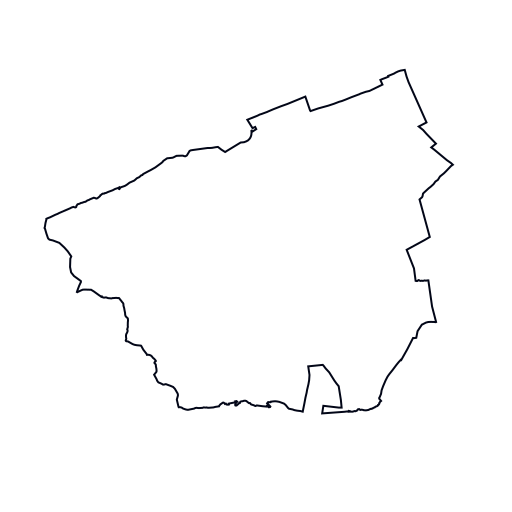 the district of Dumesti, Vaslui, Romania, rotated 83°
{"feature_id": "2599482B81898841183447", "entity_name": "Dumesti", "entity_type": "district", "adm_level": 2, "iso_a3": "ROU", "parent_name": "Romania", "parent_adm1": "Vaslui", "projection": "albers", "projection_center": [27.317, 46.829], "detail": "fine", "context": "isolated", "style": "outline", "palette": "ink", "viewbox_px": 512, "rotation_deg": 83, "n_neighbors": 0, "source": "geoboundaries", "source_scale": "gbopen_adm2", "svg_char_len": 6084}
<svg xmlns="http://www.w3.org/2000/svg" viewBox="0 0 512 512"><g transform="rotate(83 256 256)"><path d="M270.6,438.5L270.2,438.0L268.8,433.8L268.3,432.0L268.5,429.8L269.4,423.8L271.4,421.3L276.5,415.8L277.1,414.8L277.3,414.1L277.8,414.3L278.8,412.0L278.8,409.9L279.8,407.9L280.5,404.6L280.3,403.5L280.4,402.4L280.5,399.9L280.9,398.3L281.0,397.2L281.3,396.9L282.9,396.0L283.6,395.5L285.4,394.5L286.2,393.9L287.1,393.5L288.2,393.5L289.2,393.6L291.7,393.2L294.0,393.1L296.4,392.9L298.4,393.0L299.6,392.8L300.4,392.4L302.2,390.9L302.7,390.8L304.5,390.9L306.2,391.3L309.7,391.8L310.8,391.8L313.1,392.8L314.0,392.5L314.9,392.6L316.2,393.2L317.7,394.3L318.9,394.7L320.9,394.9L321.8,394.8L322.5,394.9L323.9,395.6L324.4,395.5L324.8,395.1L325.2,393.5L328.4,389.2L329.3,387.5L330.0,385.3L330.9,381.2L331.2,380.9L335.2,379.3L340.1,376.4L340.8,376.3L340.9,375.0L341.2,373.9L341.8,372.7L342.8,371.7L344.5,370.7L345.6,369.6L347.6,368.3L348.0,368.2L348.4,368.6L348.9,369.4L349.4,369.8L349.9,369.8L351.3,368.8L351.9,368.7L353.3,368.8L355.8,368.6L358.1,368.7L359.0,369.1L361.4,371.6L366.4,369.6L367.5,369.4L368.9,368.7L369.6,368.2L370.6,366.4L371.5,365.0L372.3,364.0L372.4,363.1L372.2,361.1L374.4,356.8L375.9,354.2L377.9,352.7L382.8,350.6L383.7,350.4L385.0,350.5L388.9,352.1L396.2,351.3L396.7,351.1L396.8,349.8L397.1,348.9L397.5,348.1L398.5,347.0L399.3,345.4L399.9,344.1L400.4,342.3L399.9,335.9L399.5,334.9L399.4,333.6L399.8,332.2L400.0,331.0L400.2,327.6L399.9,326.4L400.4,324.1L400.3,323.4L400.7,322.6L400.9,321.3L401.1,316.8L400.8,314.6L400.7,311.0L400.2,310.8L398.9,309.4L398.1,307.8L397.6,307.0L397.5,306.5L397.6,306.0L398.4,305.2L399.0,304.9L398.8,304.4L398.8,303.9L399.8,303.4L400.0,302.7L400.2,301.6L400.1,301.0L399.2,301.0L398.7,294.8L398.7,294.0L398.3,293.6L397.7,294.0L397.6,293.1L398.3,292.4L399.8,294.1L400.3,294.5L401.2,294.8L401.8,294.7L402.0,294.3L402.0,293.5L400.4,291.1L400.0,290.9L399.9,289.9L399.1,289.6L398.7,289.2L398.5,288.4L398.5,286.9L398.2,285.5L398.3,284.4L398.8,283.2L400.0,282.1L401.1,281.0L401.2,280.5L401.2,280.0L401.8,279.5L402.5,279.2L402.9,278.6L403.8,276.5L404.8,275.0L404.8,274.6L404.4,273.4L405.8,268.2L406.7,264.1L406.3,263.9L406.0,263.6L406.0,263.0L406.5,262.6L407.4,262.2L407.7,261.8L407.7,261.3L407.6,260.4L407.2,260.1L406.6,260.5L404.3,262.3L404.0,262.8L403.6,263.0L403.4,262.8L403.0,261.9L402.5,261.7L402.6,261.1L402.8,260.2L402.9,259.3L402.7,259.0L402.4,258.9L402.4,256.6L402.5,254.7L402.9,252.9L403.6,250.7L405.9,246.2L407.5,244.7L410.9,242.6L411.6,241.9L412.8,238.3L413.6,236.8L414.5,234.1L415.3,230.8L416.2,228.6L408.4,226.0L402.4,224.1L397.8,222.4L395.1,221.6L389.7,219.6L385.8,218.4L380.6,217.4L371.9,217.6L372.2,203.0L373.3,202.2L376.1,200.6L380.4,197.5L389.0,193.5L392.3,191.7L395.3,189.8L409.3,189.3L416.9,189.5L416.6,192.1L412.9,207.4L420.3,209.5L421.4,187.2L421.4,183.5L421.8,183.4L421.9,182.4L421.2,182.4L421.5,181.5L422.0,181.1L422.3,179.0L421.9,177.1L422.2,176.3L422.0,175.5L421.8,174.7L421.3,174.3L421.0,173.7L420.5,173.3L420.6,172.1L421.5,171.3L421.4,169.8L421.9,168.3L422.3,167.6L422.6,165.4L422.5,163.2L421.7,160.9L421.8,160.0L421.6,159.7L421.6,158.9L421.3,158.6L420.9,157.5L420.7,156.5L420.3,156.1L420.1,155.7L419.9,154.6L419.6,153.7L419.3,153.3L418.7,153.0L418.7,152.6L418.2,152.0L417.6,151.6L417.1,151.7L416.7,151.2L416.0,150.8L415.1,149.5L412.6,151.1L411.6,150.9L411.1,150.4L408.1,148.7L404.6,147.7L400.7,145.7L395.2,142.5L391.7,140.1L389.4,138.0L386.1,134.6L381.1,129.8L378.7,127.3L376.6,124.8L376.9,124.5L376.1,123.9L367.0,117.2L356.5,110.1L356.8,108.7L356.7,106.9L350.3,104.8L344.3,99.7L344.2,99.2L342.8,95.4L342.5,93.1L342.7,90.4L343.2,87.2L343.6,85.6L343.5,85.3L327.6,87.4L301.2,87.9L301.1,89.0L301.2,90.3L300.8,91.6L301.0,92.8L301.0,93.6L300.7,94.5L300.8,95.5L300.6,96.2L299.8,97.3L299.7,97.6L299.8,97.9L300.4,98.7L300.5,99.3L300.1,100.6L287.6,100.7L268.2,105.7L260.7,86.7L258.3,81.2L219.8,86.8L217.9,84.0L216.9,83.4L214.4,82.6L213.9,82.0L209.8,76.3L208.7,74.4L206.3,71.0L204.0,68.9L202.6,66.2L199.5,63.7L196.9,59.5L194.9,56.9L190.4,51.4L189.4,49.5L187.5,51.1L184.2,54.8L172.2,66.1L169.6,68.8L166.4,63.7L155.4,72.0L151.3,74.8L147.3,78.7L144.2,70.5L102.0,83.4L96.2,84.7L89.4,85.7L89.6,89.9L90.1,92.4L91.1,95.4L91.6,96.3L92.1,98.0L93.4,102.9L94.2,102.8L95.0,105.8L95.8,109.2L96.4,111.1L101.3,109.6L106.0,123.3L106.4,127.0L107.6,132.6L108.0,133.6L110.0,141.9L111.7,148.1L112.7,152.1L112.8,153.0L113.1,154.8L114.4,160.0L115.6,166.0L117.1,176.2L118.8,184.2L118.1,184.6L103.8,187.6L108.9,206.2L110.4,212.9L112.5,221.1L114.1,226.6L114.3,227.1L115.8,233.5L116.0,234.9L116.9,237.4L119.7,248.0L128.4,244.0L128.6,243.8L128.5,243.3L127.8,241.1L130.1,240.3L132.1,244.4L131.0,244.9L131.2,245.3L133.0,245.4L134.9,245.8L136.3,246.3L137.7,247.1L138.8,248.0L140.2,249.7L141.0,251.6L141.6,254.0L141.5,257.4L149.0,274.0L146.3,277.3L143.1,280.5L143.1,282.7L143.3,286.4L143.2,288.4L142.9,290.7L143.1,305.7L143.2,307.9L143.6,309.1L147.7,312.3L148.1,313.1L148.4,313.9L148.2,315.0L147.5,316.3L147.3,318.1L146.9,322.5L147.1,323.3L148.1,326.0L148.3,327.1L148.2,332.3L150.3,336.4L151.1,337.1L152.0,338.3L155.8,345.1L157.9,350.1L158.8,352.6L160.9,358.0L161.8,358.9L161.9,360.0L163.5,362.3L164.3,364.8L165.4,366.3L166.3,367.7L167.8,372.6L169.4,375.3L170.3,377.2L170.7,378.7L171.3,381.7L172.1,382.8L172.9,383.4L172.7,383.8L171.3,383.6L171.7,384.7L172.3,387.7L173.3,390.3L174.4,395.0L175.2,397.5L175.2,398.6L175.6,399.3L175.4,400.4L175.9,401.6L176.5,402.3L176.7,403.0L177.6,403.6L178.9,405.6L179.5,406.9L179.5,407.6L178.8,408.8L178.4,409.9L179.5,413.9L180.0,415.0L180.3,416.6L181.4,418.6L181.4,419.7L182.0,422.3L182.0,423.2L182.5,424.5L182.8,425.8L182.9,426.8L184.5,428.2L185.3,428.4L185.6,428.7L185.8,429.2L185.5,430.3L185.0,431.2L185.4,433.2L186.0,434.7L189.3,446.0L190.0,447.8L190.6,450.1L192.5,455.7L193.2,458.6L193.6,459.6L194.2,459.6L197.5,460.9L201.4,462.0L202.4,462.5L203.2,462.1L208.2,461.3L212.9,460.3L213.5,460.0L214.6,459.0L215.8,455.7L219.0,449.6L224.2,445.2L228.4,442.3L233.9,439.4L236.0,440.6L244.3,441.9L249.8,441.5L253.7,439.1L259.5,432.9L260.4,432.9L263.9,435.1L267.9,437.2L270.6,438.5Z" fill="none" stroke="#020617" stroke-width="2"/></g></svg>